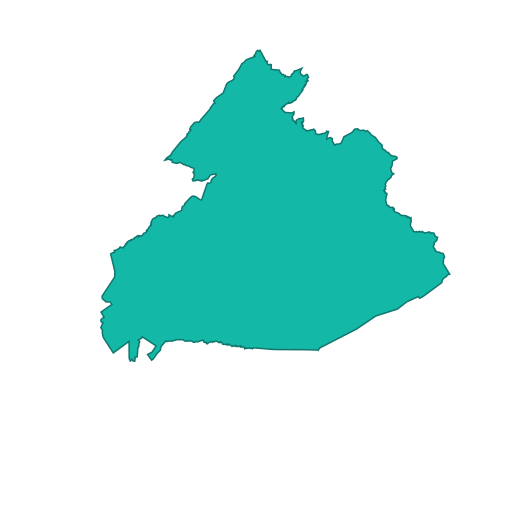 outline of Chalchihuites, Zacatecas, Mexico, rotated 226°
{"feature_id": "50627088B3556575576263", "entity_name": "Chalchihuites", "entity_type": "district", "adm_level": 2, "iso_a3": "MEX", "parent_name": "Mexico", "parent_adm1": "Zacatecas", "projection": "equal_earth", "projection_center": [-103.86, 23.443], "detail": "fine", "context": "isolated", "style": "filled", "palette": "teal", "viewbox_px": 512, "rotation_deg": 226, "n_neighbors": 0, "source": "geoboundaries", "source_scale": "gbopen_adm2", "svg_char_len": 6157}
<svg xmlns="http://www.w3.org/2000/svg" viewBox="0 0 512 512"><g transform="rotate(226 256 256)"><path d="M108.4,382.7L120.3,385.3L123.6,388.8L124.1,390.8L127.8,392.4L129.0,391.4L131.7,390.3L132.7,389.1L135.4,388.8L136.7,389.5L138.9,389.7L139.6,390.1L140.6,392.3L141.6,392.9L141.7,396.9L143.3,399.6L145.5,398.6L148.9,399.9L150.6,398.5L151.2,397.2L152.3,397.6L153.2,397.1L154.9,393.8L156.5,392.9L158.2,392.7L158.2,391.3L160.2,390.8L161.1,388.6L162.0,388.5L162.6,387.4L164.0,386.5L170.2,387.9L172.2,389.9L172.7,391.3L175.9,394.1L176.6,392.6L177.5,393.1L178.6,392.6L178.9,391.5L180.1,392.2L182.7,390.3L183.1,389.5L185.7,388.4L187.2,388.5L191.6,386.5L192.5,386.6L193.4,387.9L194.0,388.1L194.5,387.3L195.1,388.4L195.9,388.3L198.2,385.8L199.9,386.4L201.7,385.5L205.5,387.6L207.5,389.7L209.8,393.5L210.6,393.6L211.6,392.6L212.6,393.5L214.5,393.5L213.9,395.5L215.3,395.9L216.1,397.9L218.0,399.0L218.6,400.9L219.3,404.4L218.7,405.5L219.1,406.5L218.8,407.7L219.8,409.1L219.5,412.2L221.5,411.5L225.1,413.2L226.7,417.0L229.4,420.1L228.1,424.7L228.3,425.5L229.2,426.0L231.1,425.3L233.7,423.3L235.8,422.8L238.6,423.2L239.8,422.2L242.2,422.4L244.8,421.5L246.8,422.4L248.0,423.6L249.1,423.8L252.0,423.3L258.5,424.2L263.4,422.9L265.3,423.4L268.9,423.1L269.3,421.6L271.4,421.1L274.3,417.7L276.9,417.5L278.6,415.3L278.7,413.7L278.1,412.3L278.4,410.0L280.7,402.1L278.0,395.6L279.2,393.0L280.7,391.5L281.0,389.6L285.6,390.7L287.5,392.4L289.5,391.8L290.0,391.2L290.9,388.1L292.7,390.2L295.1,394.7L296.7,393.4L296.0,392.8L296.8,390.1L297.6,389.5L299.4,385.9L302.0,383.9L302.8,384.0L304.6,385.6L307.3,385.6L307.6,383.9L308.4,383.5L310.1,380.2L311.1,379.7L311.0,379.2L315.5,378.7L316.4,379.1L316.6,380.3L317.5,380.5L317.9,380.0L318.7,381.3L320.2,381.0L320.6,381.9L319.7,382.6L319.8,383.7L322.4,386.0L323.7,383.6L324.9,382.6L325.6,379.3L325.1,378.2L323.5,377.4L323.3,376.8L327.6,377.3L328.0,376.7L329.1,377.3L329.3,378.0L331.1,378.5L331.7,381.9L333.3,383.5L334.1,381.0L339.2,376.6L344.6,376.5L344.1,377.7L345.0,378.7L343.9,380.0L344.7,380.9L344.2,381.2L344.3,383.7L343.7,384.5L344.0,386.2L343.2,386.6L342.9,385.9L341.9,387.4L341.3,389.4L341.7,390.4L340.8,392.0L341.1,392.7L340.7,393.1L341.8,396.1L341.5,397.2L342.7,404.3L343.3,404.4L343.1,405.3L343.6,405.3L344.1,406.5L343.8,407.5L344.5,408.0L344.3,409.0L344.8,409.1L345.2,410.0L344.5,410.4L346.0,413.3L346.8,413.3L346.0,414.4L346.7,414.9L346.2,415.3L347.9,415.7L348.1,418.0L349.4,418.2L350.4,418.9L351.4,418.7L352.3,415.1L355.9,414.7L356.9,414.9L358.5,416.9L359.2,419.4L361.4,413.6L362.4,412.3L361.6,409.2L361.9,407.7L360.9,406.0L361.3,404.4L363.4,403.2L364.8,401.5L365.6,402.5L367.0,401.4L367.5,401.7L368.2,400.8L371.8,401.1L373.4,401.9L379.7,396.6L383.0,399.9L383.5,399.8L385.1,397.6L385.6,397.6L387.4,398.1L388.1,399.4L389.0,398.4L401.2,401.8L401.1,400.6L401.5,400.2L402.7,400.2L402.9,398.4L401.6,395.4L401.4,393.8L400.3,393.8L403.9,385.5L403.6,381.7L404.2,379.7L402.0,372.7L401.0,365.2L400.8,364.7L399.3,364.6L399.0,363.9L398.7,361.4L400.2,356.6L400.1,354.3L396.1,345.7L397.3,337.7L397.1,333.7L396.5,333.0L394.7,332.9L394.5,332.4L395.1,330.8L394.4,328.0L394.4,326.4L393.6,325.0L392.4,311.1L391.7,308.0L393.1,307.0L394.7,304.5L394.2,298.7L393.2,296.4L391.9,296.7L391.8,293.8L391.4,292.7L391.6,291.0L390.8,290.4L390.0,288.2L390.5,281.6L388.9,268.3L387.8,264.5L388.6,260.2L388.2,257.1L386.7,259.9L384.8,261.5L384.4,261.2L384.0,262.1L383.4,262.3L381.6,260.8L377.7,263.3L376.0,266.5L371.7,267.6L371.6,268.3L369.6,268.6L366.8,270.5L365.5,270.5L362.5,272.1L361.1,271.5L359.7,269.7L360.0,268.9L357.4,268.3L355.3,265.3L355.5,263.6L354.0,262.8L353.1,263.4L350.8,267.5L350.2,267.4L347.8,268.9L348.1,269.6L347.2,269.8L345.0,274.9L346.0,279.6L342.9,284.2L342.0,283.7L341.5,282.3L342.1,278.7L341.5,276.2L340.4,275.1L340.3,274.1L340.5,273.2L342.0,272.2L341.7,270.6L334.2,255.9L334.9,254.9L340.4,253.9L342.6,252.6L343.4,251.5L343.6,248.7L343.1,240.8L342.1,239.7L342.7,237.2L340.4,234.0L342.6,228.4L342.3,224.9L341.4,223.8L342.7,223.7L343.3,222.8L346.1,222.0L344.8,220.7L345.0,219.1L349.1,217.4L349.8,217.5L351.5,214.9L352.2,215.0L353.4,212.7L353.4,209.8L354.3,208.4L354.2,206.7L352.9,203.4L351.9,203.1L351.6,201.7L350.9,202.0L351.1,199.3L350.4,197.3L350.5,195.1L349.7,195.1L349.5,194.6L349.7,192.1L350.3,191.1L349.7,187.8L351.0,186.7L351.2,185.4L351.6,185.7L351.7,184.8L352.5,185.3L353.0,184.0L353.1,182.0L353.6,181.2L353.1,180.8L353.1,180.0L354.4,177.6L354.1,177.5L354.5,176.7L354.2,176.5L355.2,175.2L355.5,172.8L354.8,172.2L355.3,170.9L354.6,170.2L354.9,169.8L354.3,168.1L354.5,167.0L354.0,166.2L356.9,164.5L356.8,163.6L356.3,163.4L357.6,159.0L358.5,157.9L357.1,157.2L357.0,156.7L357.9,155.2L358.5,152.9L343.2,143.9L339.0,139.6L334.2,118.0L333.4,116.6L331.7,115.8L327.2,116.2L324.4,119.1L321.3,118.8L323.3,105.6L317.4,104.1L318.0,101.6L317.7,99.8L316.0,98.9L314.5,99.7L312.3,94.7L308.9,93.8L307.6,92.1L303.6,89.6L285.4,86.0L282.8,105.4L270.4,93.6L267.8,92.6L267.7,95.1L266.0,94.5L264.5,95.7L267.0,98.7L266.0,100.5L271.6,106.8L272.6,109.2L273.9,110.3L275.2,112.9L277.3,112.8L276.4,116.6L277.1,118.0L260.7,121.7L259.1,114.5L260.5,109.6L253.6,108.5L253.3,110.5L254.6,117.5L254.7,122.0L255.9,123.1L256.9,125.5L257.5,132.2L256.1,132.7L254.8,135.2L253.4,135.9L250.7,141.0L246.5,145.3L244.1,145.8L239.6,150.7L237.3,151.1L236.3,152.3L236.2,153.4L234.6,154.5L233.2,158.0L231.9,159.6L230.5,158.7L228.9,159.3L228.8,160.3L226.9,159.7L226.5,160.2L226.8,160.7L226.2,162.7L225.3,164.6L224.3,164.6L224.3,165.8L223.4,166.1L222.5,168.3L219.4,169.3L219.0,170.6L218.5,170.1L217.3,171.6L215.9,170.8L215.2,171.0L214.0,172.4L212.9,172.8L212.3,174.6L211.3,174.0L211.1,175.4L208.9,175.6L208.0,176.4L207.5,176.1L207.4,177.1L206.4,177.5L206.4,178.9L204.8,178.7L204.8,179.8L203.7,179.7L202.6,181.5L202.0,181.5L201.9,182.7L201.2,182.9L200.8,182.1L199.5,183.5L198.1,184.0L197.2,183.5L197.1,184.8L196.3,184.7L194.0,187.8L193.3,187.8L192.8,188.9L191.6,189.1L191.6,190.5L176.3,203.9L155.4,225.3L145.5,235.1L144.9,235.2L145.6,237.9L133.6,277.7L129.6,300.6L119.6,320.8L118.3,332.7L114.1,344.4L111.9,344.4L110.8,348.4L107.8,371.3L108.7,372.3L109.5,374.2L109.6,376.4L109.0,378.6L109.3,380.0L108.9,382.0L108.4,382.7Z" fill="#14b8a6" stroke="#0f766e" stroke-width="1.5"/></g></svg>